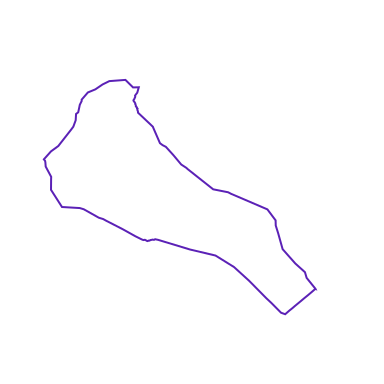 outline of Bayandalai, Ömnögovi, Mongolia, rotated 291°
{"feature_id": "93677404B14940221514499", "entity_name": "Bayandalai", "entity_type": "district", "adm_level": 2, "iso_a3": "MNG", "parent_name": "Mongolia", "parent_adm1": "Ömnögovi", "projection": "albers", "projection_center": [103.4, 42.947], "detail": "fine", "context": "isolated", "style": "outline", "palette": "violet", "viewbox_px": 384, "rotation_deg": 291, "n_neighbors": 0, "source": "geoboundaries", "source_scale": "gbopen_adm2", "svg_char_len": 2237}
<svg xmlns="http://www.w3.org/2000/svg" viewBox="0 0 384 384"><g transform="rotate(291 192 192)"><path d="M247.6,59.1L238.7,55.9L237.4,56.4L233.2,56.0L230.8,56.4L225.6,57.2L223.3,55.8L217.3,57.7L210.4,57.8L206.9,56.8L187.0,50.7L179.4,45.8L169.4,42.0L168.4,43.7L167.1,44.5L163.3,46.3L155.7,55.1L153.4,55.9L143.5,59.6L131.4,76.0L136.8,93.0L137.1,97.1L134.6,114.2L134.9,118.8L134.4,122.3L132.4,140.9L130.4,154.9L129.7,162.3L129.7,163.1L129.7,163.5L129.7,163.8L129.9,164.1L130.0,164.3L130.2,164.6L130.3,165.0L130.5,165.2L130.5,165.4L130.4,165.6L130.4,165.9L130.4,166.2L130.4,166.3L130.3,166.8L130.2,167.2L130.2,167.4L130.2,167.7L130.2,168.0L130.3,168.2L130.5,168.3L130.6,168.5L130.9,168.7L131.1,168.9L131.2,169.3L131.3,169.6L131.5,169.9L131.7,170.0L132.0,170.2L132.3,170.5L132.6,171.0L132.8,171.4L133.0,171.7L133.2,171.9L133.3,172.1L133.4,172.4L133.5,172.5L133.6,173.2L133.7,173.6L133.9,173.9L134.1,174.1L134.4,174.3L134.7,174.5L135.2,177.7L137.6,210.8L141.1,236.7L137.0,258.1L129.6,277.1L119.4,299.6L116.8,306.0L111.2,318.4L111.3,322.8L116.4,325.5L118.4,326.7L119.8,327.5L122.8,329.1L126.3,331.1L133.5,335.1L137.5,337.4L145.8,341.9L145.8,342.0L145.9,341.9L152.9,329.8L157.6,326.2L162.3,314.0L171.1,297.1L184.4,287.2L190.7,282.2L195.5,280.2L202.8,268.6L204.3,229.2L204.7,225.8L202.1,210.8L211.8,179.8L212.5,178.1L213.8,172.1L219.8,161.3L224.8,151.4L225.2,147.8L226.1,144.6L238.1,132.8L238.9,132.1L246.7,113.2L246.9,113.1L247.4,112.9L247.7,112.7L248.2,112.4L248.5,112.1L248.8,111.8L249.0,111.6L249.3,111.4L249.8,111.4L250.1,111.3L250.3,111.3L250.4,111.1L250.5,110.9L250.5,110.6L250.9,110.4L251.1,110.3L251.3,110.2L251.4,109.9L251.5,109.5L251.7,109.1L251.8,108.9L252.0,108.8L252.3,108.7L252.7,108.6L253.3,108.0L253.5,107.7L253.9,107.4L254.3,107.4L255.0,106.6L255.3,106.2L255.5,105.9L255.5,105.7L255.9,105.2L256.2,104.7L256.3,104.6L256.7,104.5L256.8,104.5L257.1,104.5L257.4,104.6L257.7,104.7L258.0,104.8L258.4,104.8L258.7,104.8L259.0,104.8L259.3,104.8L259.6,104.9L259.9,104.9L260.3,104.9L260.5,104.9L260.8,104.8L260.9,104.7L261.2,104.5L261.3,104.4L261.5,104.3L262.0,104.4L262.4,104.5L265.1,105.3L270.7,104.8L268.5,99.5L272.8,89.7L265.9,75.1L260.5,70.1L260.4,70.0L253.2,65.0L247.6,59.1Z" fill="none" stroke="#5b21b6" stroke-width="2"/></g></svg>